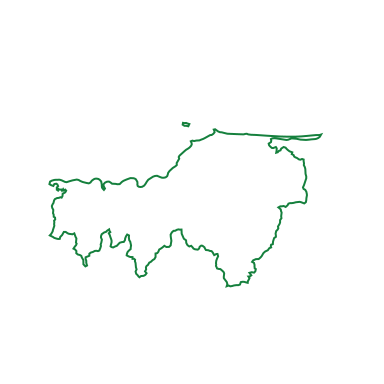 Cananéia, São Paulo, Brazil, rotated 227°
{"feature_id": "56859067B70757280308936", "entity_name": "Cananéia", "entity_type": "district", "adm_level": 2, "iso_a3": "BRA", "parent_name": "Brazil", "parent_adm1": "São Paulo", "projection": "robinson", "projection_center": [-47.991, -25.035], "detail": "fine", "context": "isolated", "style": "outline", "palette": "green", "viewbox_px": 384, "rotation_deg": 227, "n_neighbors": 0, "source": "geoboundaries", "source_scale": "gbopen_adm2", "svg_char_len": 6011}
<svg xmlns="http://www.w3.org/2000/svg" viewBox="0 0 384 384"><g transform="rotate(227 192 192)"><path d="M87.6,170.8L88.6,171.9L89.1,173.5L89.8,175.3L91.7,175.6L90.9,176.6L90.6,178.5L93.7,178.9L92.6,181.0L90.7,182.4L90.8,184.2L92.1,186.1L93.4,185.8L95.0,187.0L96.0,188.0L97.9,189.0L99.9,188.3L100.3,190.1L99.3,193.0L97.5,195.0L97.4,197.6L97.6,199.3L98.6,202.5L98.6,204.9L97.7,207.7L98.2,210.2L97.5,212.1L98.6,212.6L99.5,213.9L98.7,215.5L100.5,217.5L102.3,220.6L102.0,222.8L103.4,224.0L104.5,224.7L106.0,226.9L106.1,229.0L106.6,230.4L108.1,231.3L108.9,234.2L109.6,235.6L111.4,237.3L111.8,239.5L113.5,240.7L115.8,243.5L117.3,244.1L118.7,245.0L120.4,244.9L121.8,244.7L121.3,246.8L120.3,247.9L119.2,249.5L117.2,250.3L117.1,252.8L117.7,254.6L117.0,256.1L115.8,257.4L114.8,258.8L113.7,260.9L111.4,264.0L110.2,264.8L107.1,266.3L106.9,268.3L108.0,269.9L109.5,271.5L111.2,273.8L112.2,274.6L114.2,275.8L116.4,276.3L118.1,275.7L119.7,276.3L120.6,278.5L124.1,284.9L125.5,286.2L127.8,287.4L131.6,290.6L133.3,291.5L135.4,292.1L136.5,293.4L138.6,294.8L139.6,295.8L141.1,295.0L141.7,293.3L142.8,292.5L145.5,291.9L146.9,291.2L148.3,290.9L149.6,291.5L151.7,290.8L152.6,292.4L155.2,291.1L157.5,290.7L159.2,290.6L160.6,290.7L162.4,289.7L162.9,286.8L162.1,285.1L162.8,283.6L162.6,281.8L163.3,280.4L164.5,282.0L166.1,283.7L167.7,284.0L168.8,281.3L169.9,280.4L172.3,280.2L173.7,280.3L175.1,281.1L174.6,283.7L175.5,285.0L176.9,285.8L176.5,287.2L175.3,288.8L174.0,290.0L165.6,296.6L164.7,297.9L163.3,301.4L159.7,304.7L156.4,307.0L152.3,310.9L150.6,313.1L149.1,315.2L146.7,318.2L146.0,319.4L145.4,321.2L145.2,323.1L146.0,325.6L146.7,324.1L149.0,321.6L151.8,318.0L154.0,315.1L158.0,310.0L161.4,306.0L167.3,299.6L172.3,294.5L181.3,285.9L190.2,277.6L193.5,274.3L195.8,272.4L197.2,271.8L198.2,270.5L198.8,269.3L199.6,268.4L203.4,264.6L210.5,257.6L213.7,255.5L215.3,254.5L216.7,253.2L218.5,252.4L222.1,251.7L222.8,250.5L221.7,250.1L220.3,249.3L220.0,247.3L220.3,245.2L221.2,244.2L222.7,238.1L223.2,236.4L224.0,234.5L224.7,232.6L226.7,230.2L227.8,228.3L229.3,227.3L229.9,225.7L228.3,225.2L227.1,224.4L226.4,223.0L226.2,220.6L226.5,218.3L226.9,216.6L227.0,214.7L227.1,207.6L226.6,206.1L225.1,205.4L223.6,200.5L222.1,199.3L222.1,197.6L222.7,194.3L222.7,189.9L222.3,187.7L221.2,186.0L220.5,184.6L220.7,182.7L221.6,181.2L222.9,179.8L224.6,178.9L227.7,177.5L229.0,175.8L229.8,173.9L230.8,168.4L230.4,166.1L229.7,163.7L229.3,161.4L229.8,159.1L230.8,157.7L232.1,156.7L233.4,156.4L234.7,157.1L235.6,158.1L236.8,159.0L239.7,159.6L241.0,159.2L242.1,158.5L244.2,156.4L245.8,152.6L246.9,149.5L247.2,147.5L247.1,144.5L248.6,142.7L249.9,141.8L252.6,139.2L254.6,138.9L256.2,138.4L257.5,136.9L258.2,134.7L257.9,132.2L256.2,131.3L253.9,130.7L253.6,129.0L255.3,129.0L256.6,129.2L257.9,130.1L259.0,131.1L261.7,132.8L264.0,132.8L265.4,132.4L266.8,131.4L267.8,130.2L268.3,128.9L268.6,126.5L268.2,124.2L268.7,122.4L270.6,121.0L274.0,118.8L276.3,117.8L278.1,117.3L279.7,116.2L281.9,112.7L283.3,110.0L284.7,107.0L286.0,106.0L289.5,104.6L291.2,103.6L293.9,100.6L294.8,99.4L295.9,97.2L296.4,95.3L295.0,93.1L293.2,93.6L291.0,94.7L291.7,96.8L290.6,98.4L289.4,98.7L287.6,98.1L287.5,96.2L285.9,94.7L284.5,95.0L285.3,96.4L284.1,96.7L282.9,98.1L281.6,97.8L282.0,99.7L280.5,99.3L280.2,100.9L278.8,100.9L278.2,99.1L278.9,96.2L277.3,94.4L276.8,92.8L277.9,92.2L278.5,90.6L279.6,89.2L280.3,86.9L279.9,85.4L278.4,83.1L278.1,81.7L277.3,79.9L275.6,78.9L273.6,78.4L272.7,77.5L271.3,75.9L269.8,75.4L268.2,74.0L266.7,74.4L265.2,73.2L265.1,71.6L263.8,70.7L262.5,69.2L261.2,68.3L259.0,64.3L258.2,63.2L257.4,60.6L257.2,58.4L254.1,59.6L252.3,60.0L250.0,61.3L248.9,62.1L247.9,63.3L249.0,65.0L249.1,67.7L250.2,71.0L248.9,72.4L246.6,72.9L245.3,73.5L244.0,74.6L242.6,75.7L242.0,77.7L238.5,76.2L236.9,75.8L234.1,72.6L232.9,72.4L232.2,71.0L232.0,69.1L231.4,66.7L229.7,67.3L227.7,67.2L226.1,65.6L224.1,65.9L222.4,67.0L220.8,67.5L219.3,66.8L216.3,66.1L213.2,63.3L210.3,63.3L209.8,65.1L211.3,65.8L212.6,66.6L213.7,67.7L215.9,68.7L216.8,69.7L215.4,73.4L216.9,74.9L216.7,76.7L215.7,78.7L215.2,80.7L214.2,82.0L212.9,82.9L212.4,84.3L213.5,86.7L214.6,88.6L215.9,89.4L216.8,91.1L218.6,93.6L220.8,94.4L221.8,95.4L222.7,97.2L222.3,100.3L221.5,101.9L221.6,103.5L221.2,105.9L219.8,105.1L218.4,104.9L218.6,103.0L216.6,102.5L215.0,101.7L212.6,100.7L211.3,100.0L210.1,98.9L207.8,95.4L206.6,95.6L205.2,96.5L204.6,98.7L203.9,100.2L204.2,104.5L203.2,106.5L202.0,108.1L202.6,110.3L203.6,111.4L204.6,113.5L205.1,115.6L203.2,116.3L201.7,114.7L199.5,113.2L197.9,113.0L194.5,111.0L193.1,109.2L192.1,108.2L192.2,106.3L192.1,104.2L191.3,102.4L190.2,101.0L188.0,101.8L186.6,102.5L185.0,104.1L183.7,102.9L182.8,104.0L181.3,104.2L180.4,103.1L178.6,102.3L175.1,99.6L173.2,98.7L172.3,96.5L170.3,95.4L168.4,95.5L166.8,95.3L165.5,95.4L165.3,97.4L163.7,99.4L163.2,101.4L163.6,103.4L166.0,103.5L166.6,105.6L168.4,107.0L168.9,108.4L168.7,110.0L169.5,112.6L169.0,114.1L169.0,117.0L168.6,118.7L169.3,121.0L171.9,123.4L171.0,124.9L171.2,126.5L172.3,128.8L171.9,130.5L171.6,132.5L171.5,135.1L170.3,135.4L169.2,135.8L167.5,137.8L167.5,140.0L168.5,141.2L170.3,143.6L173.7,145.9L175.4,147.3L176.2,149.7L176.2,152.0L175.1,153.3L174.7,155.1L173.9,156.6L172.7,157.5L171.7,158.7L168.5,156.0L163.4,154.2L160.7,154.7L158.7,153.1L156.6,152.5L155.2,152.6L154.0,152.9L153.2,154.7L151.1,154.7L149.6,154.5L148.1,155.1L147.0,156.0L145.9,156.9L145.8,158.6L146.7,160.3L146.5,162.2L145.5,163.0L143.1,163.4L141.7,162.9L140.1,162.6L138.3,164.2L136.7,164.9L135.4,166.0L133.5,165.9L132.1,165.5L130.7,165.2L130.1,167.4L129.3,168.4L127.2,167.3L126.3,165.0L125.2,162.9L123.6,161.0L122.4,160.2L121.6,159.1L120.2,158.7L119.0,158.2L117.6,159.0L116.2,160.2L113.4,160.5L111.7,160.5L110.5,160.0L108.2,157.3L107.2,156.5L102.4,156.0L100.5,155.0L99.4,153.1L98.6,155.0L96.9,155.7L95.9,157.2L95.0,159.0L93.8,160.7L92.2,162.5L91.6,164.0L92.8,166.2L92.0,167.6L90.7,168.9L88.8,170.0L87.6,170.8ZM245.0,235.5L246.5,234.8L247.6,233.4L248.7,232.6L247.6,231.1L245.6,231.6L244.4,232.9L242.6,234.1L243.5,236.4L245.0,235.5Z" fill="none" stroke="#15803d" stroke-width="2"/></g></svg>